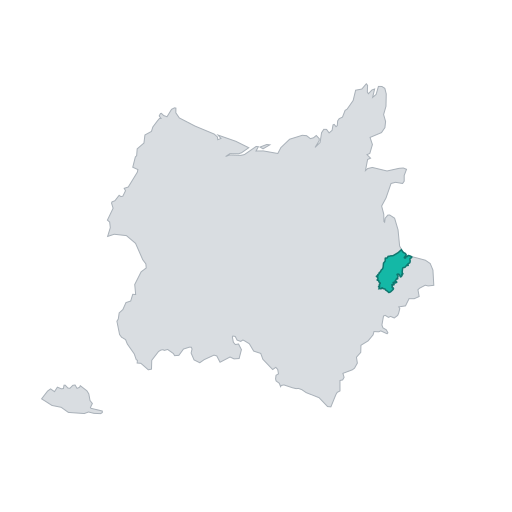 Somme on a map of France (Albers equal-area conic projection), rotated 102°
{"feature_id": "FRA-5345", "entity_name": "Somme", "entity_type": "Metropolitan department", "adm_level": 1, "iso_a3": "FRA", "parent_name": "France", "parent_adm1": "", "projection": "albers", "projection_center": [2.405, 49.975], "detail": "fine", "context": "in_parent", "style": "filled", "palette": "teal", "viewbox_px": 512, "rotation_deg": 102, "n_neighbors": 0, "source": "natural_earth", "source_scale": "10m", "svg_char_len": 6839}
<svg xmlns="http://www.w3.org/2000/svg" viewBox="0 0 512 512"><g transform="rotate(102 256 256)"><path d="M378.7,204.8L375.7,206.7L374.0,210.4L372.1,211.3L368.5,211.6L366.6,209.5L362.4,211.2L360.8,213.5L363.6,216.1L355.6,227.8L350.3,231.1L349.5,238.5L343.2,244.3L341.1,250.3L340.9,251.4L342.7,253.2L342.2,257.0L339.0,259.6L339.1,262.0L340.1,262.3L345.1,260.2L346.9,257.8L345.7,254.8L350.6,250.8L359.8,251.2L361.2,256.1L360.2,260.4L367.4,269.1L361.9,273.6L361.7,276.5L368.2,285.2L372.1,288.8L370.5,295.0L364.4,299.3L360.3,299.2L358.7,300.3L359.0,302.2L362.1,307.6L369.2,310.8L370.4,314.9L368.6,316.5L365.8,323.0L367.4,326.1L367.0,327.5L367.8,329.5L369.7,331.5L379.7,336.3L388.4,334.7L389.7,337.7L384.9,346.3L385.4,350.0L382.7,350.3L382.3,351.6L377.1,354.7L368.8,363.6L364.9,366.2L363.4,370.6L361.2,373.1L348.7,378.5L346.3,377.6L340.1,378.0L336.1,375.1L328.6,373.5L326.1,369.2L319.1,368.6L318.7,365.7L309.1,368.7L295.4,365.1L290.5,360.9L286.6,362.1L283.2,366.0L268.7,376.4L263.0,387.0L264.2,399.2L267.7,405.2L258.6,404.4L253.2,406.2L251.8,408.8L239.0,405.7L234.3,408.3L233.0,408.1L231.3,405.5L225.1,402.5L226.0,400.5L225.2,398.7L219.3,397.2L217.2,399.0L215.1,395.3L198.7,389.5L196.0,389.5L194.8,395.0L184.2,394.6L182.7,393.6L175.9,394.5L168.8,389.1L160.7,389.8L155.9,384.2L151.2,383.7L144.5,380.6L141.5,379.0L141.2,377.5L139.1,379.8L136.6,379.1L136.1,378.3L137.8,375.5L138.3,372.0L130.1,369.1L128.0,366.5L128.0,365.1L132.6,364.2L136.9,359.7L141.6,342.6L145.4,322.3L147.6,318.5L150.2,317.6L148.3,314.7L145.6,318.3L148.0,299.6L151.6,285.6L158.1,291.7L159.6,294.3L161.3,302.8L165.0,306.4L162.7,302.9L160.7,291.7L159.2,288.4L148.8,278.6L148.6,276.4L153.3,277.8L151.7,270.7L151.2,256.0L144.8,254.2L134.8,247.4L128.3,235.8L127.8,231.5L129.9,227.2L128.4,224.3L125.6,222.1L128.1,218.5L130.2,218.2L137.5,220.8L131.6,216.9L121.8,217.5L118.0,216.0L117.5,213.3L120.4,210.1L117.3,207.7L111.7,207.9L111.0,206.9L112.9,204.6L111.5,203.6L106.9,204.2L104.4,203.2L102.2,200.3L95.0,199.1L93.4,197.4L83.7,193.3L73.1,193.0L70.7,187.2L64.6,183.9L66.0,182.3L72.5,181.2L73.9,179.8L69.5,177.1L68.0,174.7L76.6,174.9L73.0,172.1L64.7,171.5L64.0,168.1L65.3,164.8L70.4,162.3L82.5,160.0L91.1,160.6L97.5,157.2L103.6,156.6L109.2,158.9L116.3,169.1L122.8,165.3L132.0,166.0L133.8,168.5L136.5,164.3L138.4,166.9L149.7,166.7L147.2,164.9L145.2,160.6L145.6,145.5L140.5,134.3L139.3,130.2L139.9,126.8L146.4,127.8L152.0,126.6L154.6,127.7L154.9,134.8L157.0,139.0L172.2,140.9L181.0,143.5L188.6,139.7L195.6,138.1L196.2,137.2L192.2,137.5L188.6,135.6L188.1,133.8L190.2,128.3L200.9,122.5L216.4,117.6L220.4,114.2L225.0,108.1L224.1,106.5L224.9,89.5L227.2,84.0L233.0,80.0L247.7,76.0L249.5,81.4L249.4,84.4L253.4,89.2L255.3,90.6L261.7,88.0L264.9,92.4L265.9,97.4L273.7,99.4L276.1,105.8L277.5,104.4L282.4,104.6L284.7,105.1L287.9,107.9L287.1,111.8L288.5,113.7L287.2,117.3L288.2,118.8L297.3,118.5L299.9,116.9L301.1,113.2L303.7,111.0L304.8,111.6L303.3,118.4L304.6,120.1L305.4,124.9L308.8,125.1L315.7,128.7L321.5,134.8L328.5,133.5L334.1,136.7L339.7,134.6L345.2,136.3L347.2,138.0L352.7,146.6L356.4,144.6L359.2,145.5L360.3,148.0L370.5,145.8L372.5,148.2L374.7,149.0L388.0,151.4L388.4,154.7L381.5,164.8L379.2,178.5L377.2,183.4L376.7,186.9L377.4,189.2L377.3,192.9L376.3,201.9L377.4,204.4L378.7,204.8ZM443.6,381.8L443.4,387.4L445.8,391.2L448.0,407.0L444.5,415.1L444.6,424.5L440.3,436.0L431.5,431.8L428.7,429.3L430.6,424.9L425.6,423.0L426.4,418.8L425.7,416.8L422.3,416.9L422.0,415.8L424.3,412.5L424.1,410.5L420.6,408.3L419.8,406.2L422.7,403.5L421.1,401.3L419.4,400.9L423.0,393.4L425.6,390.9L431.9,388.3L434.3,385.4L438.6,386.5L439.3,385.7L439.6,374.1L441.1,373.8L442.5,375.2L443.6,381.8ZM149.7,271.4L148.6,274.7L144.7,268.7L144.4,265.6L149.7,271.4Z" fill="#d9dde1" stroke="#a8b0b8" stroke-width="1"/><path d="M219.6,115.1L220.1,114.7L221.4,113.2L221.7,112.9L221.9,112.6L222.4,110.6L223.3,109.5L224.1,109.4L226.5,110.6L226.8,110.6L227.0,110.4L227.0,110.1L226.7,110.1L226.4,109.9L226.3,109.6L226.8,109.6L226.8,109.3L226.3,109.3L225.8,109.1L225.5,108.8L225.3,108.4L225.1,107.9L224.0,107.4L223.8,107.1L223.9,105.8L224.1,104.4L224.6,103.4L225.2,103.5L225.4,103.6L226.0,104.4L226.2,104.6L226.6,104.8L226.9,104.8L227.2,104.8L228.7,104.2L229.7,104.1L230.2,104.1L230.6,104.2L231.1,104.6L231.2,104.8L231.6,105.3L231.8,105.5L232.2,105.8L232.5,105.8L232.7,105.6L232.9,105.4L233.1,105.3L233.5,105.2L233.7,105.4L233.8,105.6L233.7,105.8L233.5,106.0L233.4,106.2L233.4,106.5L235.7,107.7L236.1,108.0L236.3,108.3L236.4,108.5L236.4,108.8L236.5,109.1L236.7,109.4L237.0,109.8L237.3,110.0L237.7,110.0L239.2,109.9L239.8,109.8L240.1,109.8L240.5,109.8L240.8,109.8L241.4,109.5L242.0,109.5L242.3,109.4L242.5,109.2L242.6,108.9L242.7,108.7L242.9,108.6L243.1,108.7L243.3,108.9L243.4,109.2L243.6,109.5L243.8,109.6L244.0,109.5L244.3,109.2L244.6,109.1L245.0,109.2L246.1,109.8L246.3,110.1L246.4,110.4L246.2,110.6L245.9,110.8L245.1,111.3L244.6,111.7L244.3,112.1L244.2,112.4L244.1,112.6L244.1,112.9L244.1,113.1L244.1,113.3L244.2,113.6L244.4,113.8L244.6,114.1L244.8,114.2L245.1,114.1L245.2,113.9L245.4,113.5L245.5,113.2L246.1,112.9L246.7,112.9L247.3,113.1L247.6,113.1L247.9,112.9L248.1,112.8L248.4,112.7L248.8,112.7L249.0,112.8L249.0,113.0L248.9,113.3L248.8,113.5L249.2,113.9L250.3,114.1L250.8,114.3L251.2,114.5L251.5,114.7L251.6,114.8L251.8,114.8L252.0,114.7L252.0,114.4L251.9,114.2L252.0,113.7L252.0,113.4L252.0,113.2L252.3,112.9L252.5,113.0L253.1,113.6L253.3,114.0L253.6,114.5L253.6,114.8L253.6,115.0L253.2,115.7L253.1,115.9L253.2,116.2L253.4,116.3L253.7,116.3L254.2,116.0L255.1,115.1L255.3,115.0L255.5,115.1L255.6,115.3L255.7,115.6L255.7,115.8L255.7,116.1L255.7,116.4L255.7,116.7L255.8,117.0L256.0,117.1L256.7,116.6L257.1,116.4L258.0,116.4L258.5,116.3L258.7,116.1L258.8,115.9L258.8,115.7L258.7,115.1L258.9,115.0L259.1,114.8L259.7,114.8L259.9,114.9L260.2,114.9L261.5,115.8L263.2,117.0L264.0,118.2L264.1,118.6L264.0,118.8L263.2,119.9L262.3,122.2L262.0,122.5L261.7,122.7L261.5,123.0L261.4,123.6L261.5,124.4L261.5,124.8L261.4,125.1L261.0,125.5L260.9,125.8L260.9,126.1L261.3,126.4L261.8,126.5L262.1,127.1L262.2,128.3L262.4,128.9L260.8,128.6L260.8,129.3L260.6,129.7L260.2,129.7L259.4,129.1L259.1,129.0L258.7,129.1L258.4,129.4L257.9,129.4L257.1,128.8L256.7,128.8L256.4,129.2L255.9,130.2L255.6,130.5L255.0,130.7L254.7,130.8L254.5,131.2L254.5,131.5L254.5,131.8L254.5,132.1L254.4,132.4L254.1,132.5L253.1,132.0L252.4,132.1L252.1,132.2L251.4,133.0L251.2,133.3L251.1,133.6L251.0,133.9L250.8,134.0L250.5,133.8L250.3,132.9L250.2,132.6L249.9,132.5L249.3,132.9L249.1,133.0L248.7,132.8L247.7,131.9L247.4,131.8L246.9,132.0L246.6,132.0L246.4,131.8L245.6,131.0L243.7,130.6L242.4,129.6L240.7,129.3L236.5,129.8L234.2,128.6L231.3,129.1L231.1,128.9L231.0,128.0L230.8,127.6L230.5,127.3L228.8,126.6L228.8,126.2L228.7,125.9L228.5,125.4L228.0,124.6L227.8,124.0L227.4,122.5L227.1,121.9L223.1,117.6L219.6,115.1Z" fill="#14b8a6" stroke="#0f766e" stroke-width="1.5"/></g></svg>